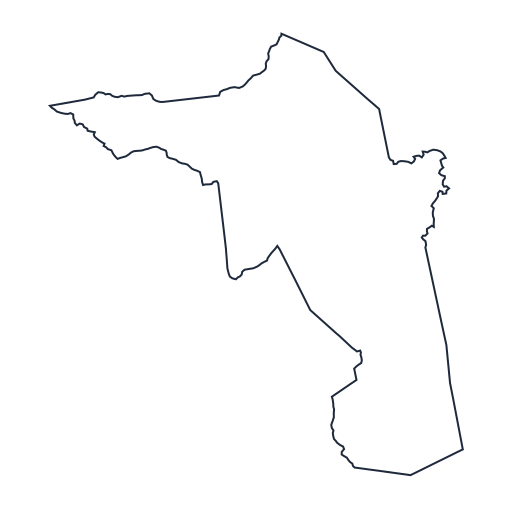 Mundo Novo, Bahia, Brazil (Robinson projection), rotated 269°
{"feature_id": "56859067B88529686936311", "entity_name": "Mundo Novo", "entity_type": "district", "adm_level": 2, "iso_a3": "BRA", "parent_name": "Brazil", "parent_adm1": "Bahia", "projection": "robinson", "projection_center": [-40.513, -11.871], "detail": "fine", "context": "isolated", "style": "outline", "palette": "slate", "viewbox_px": 512, "rotation_deg": 269, "n_neighbors": 0, "source": "geoboundaries", "source_scale": "gbopen_adm2", "svg_char_len": 3761}
<svg xmlns="http://www.w3.org/2000/svg" viewBox="0 0 512 512"><g transform="rotate(269 256 256)"><path d="M420.8,223.1L417.1,221.8L411.7,166.1L411.7,163.1L412.3,160.7L413.1,158.5L414.8,156.1L418.3,154.7L420.5,152.2L420.1,147.7L418.9,144.7L418.8,142.2L418.8,139.3L418.6,135.1L418.3,130.2L417.7,127.0L418.5,124.4L417.2,120.7L417.6,117.7L418.6,115.1L420.4,113.0L420.6,110.5L420.2,108.3L421.6,106.5L422.1,104.2L422.5,101.1L420.0,98.1L417.4,96.5L415.3,87.6L409.8,52.6L407.7,54.5L406.4,56.6L403.8,59.6L402.3,64.1L401.6,67.3L401.3,70.3L402.1,73.0L400.7,75.7L396.8,75.8L394.3,77.0L392.2,77.2L389.8,79.2L391.5,82.1L390.6,85.1L388.0,86.3L386.3,89.5L384.2,89.8L383.4,92.7L382.6,97.0L380.3,95.9L378.1,96.7L376.6,98.4L374.5,100.9L372.5,103.7L371.0,106.5L368.7,105.6L367.2,108.2L365.4,109.8L364.3,113.2L360.4,115.1L357.6,117.2L355.5,119.3L356.4,121.7L357.1,124.5L357.9,127.6L359.9,130.8L361.6,132.8L362.9,135.6L363.2,139.0L363.3,142.0L363.6,144.3L364.5,147.2L365.1,150.1L365.9,152.2L366.7,155.2L367.0,158.5L365.9,161.2L364.6,163.1L363.9,165.4L362.9,167.7L360.9,168.4L358.9,168.5L356.6,169.2L355.3,171.6L354.8,173.9L353.6,177.6L351.3,180.3L349.9,183.6L349.5,186.2L348.5,189.2L346.3,191.5L344.5,193.3L343.1,196.0L342.4,198.3L340.9,201.4L337.6,202.2L334.4,203.1L331.0,203.4L327.9,204.3L328.5,207.0L328.4,209.4L328.7,212.9L330.9,214.7L331.5,218.1L329.3,219.5L276.8,224.8L263.4,226.1L261.2,226.2L253.1,226.7L244.1,227.2L238.9,228.4L235.9,229.5L234.1,231.9L233.1,235.5L234.9,237.4L235.9,239.6L237.6,241.3L240.6,242.0L242.5,244.4L243.2,249.1L243.8,253.2L245.5,257.2L247.2,259.7L248.6,261.5L250.1,264.4L251.3,267.0L253.6,267.6L256.1,269.4L259.0,271.7L261.2,273.8L263.2,275.6L265.7,277.5L262.2,279.8L259.3,281.2L245.3,288.0L230.7,295.1L201.0,309.3L177.3,334.9L174.7,337.9L162.5,350.5L160.8,352.8L158.8,355.3L159.6,358.5L157.7,359.2L155.4,358.8L152.7,359.6L149.8,360.0L147.1,359.3L145.6,356.8L143.9,354.5L141.7,352.2L130.3,354.3L126.5,348.4L114.0,329.4L111.0,330.2L106.7,330.7L104.1,330.7L101.3,331.4L98.8,331.1L96.3,331.0L93.3,331.0L89.8,329.8L85.9,328.3L82.7,328.8L80.3,330.4L77.6,329.7L74.0,330.2L71.5,330.9L69.8,332.5L67.8,333.9L65.6,336.7L64.0,339.7L61.4,340.7L58.6,338.3L56.0,338.2L54.6,340.3L52.7,343.4L50.5,344.7L48.5,346.3L46.7,348.7L44.4,349.3L42.8,350.8L34.2,406.7L57.4,455.9L59.0,459.4L109.4,450.7L114.9,449.7L120.6,448.7L125.5,447.8L163.6,444.8L188.7,439.8L261.6,425.5L264.1,426.3L267.9,425.7L269.9,423.3L271.6,422.1L273.4,423.3L273.4,425.7L275.6,427.9L277.7,427.3L280.1,427.4L281.9,430.5L283.2,432.3L282.0,434.3L285.1,434.2L288.0,434.5L290.6,434.5L292.9,433.6L296.6,433.5L300.6,434.6L303.0,432.3L305.7,433.9L308.0,436.0L310.1,437.5L312.7,439.1L315.5,438.9L317.9,440.9L317.0,443.5L314.8,443.8L315.2,447.3L318.1,447.6L320.2,450.2L322.4,447.7L322.0,445.3L324.4,443.9L328.0,444.3L330.3,446.1L332.5,446.2L333.6,442.7L335.6,440.5L338.3,441.4L339.8,443.1L341.2,444.8L343.1,443.5L345.4,442.9L348.4,442.1L350.2,444.8L350.7,447.3L353.0,446.1L355.4,444.6L357.3,442.3L358.6,439.0L359.2,435.1L358.0,431.4L356.6,429.1L357.3,426.9L357.5,424.5L354.4,425.4L351.7,423.5L353.5,420.8L353.3,418.2L352.5,415.3L350.3,416.8L347.8,415.5L345.9,413.0L347.5,409.8L348.2,405.7L348.4,402.5L347.7,399.9L345.7,398.3L345.5,395.3L348.8,394.7L349.8,392.1L352.2,390.6L397.2,382.3L400.8,381.7L403.5,378.7L410.9,370.4L437.3,341.6L439.8,338.9L458.8,327.3L477.8,285.3L475.7,285.1L474.0,283.2L472.1,282.7L470.1,281.7L467.3,280.3L466.1,277.6L465.1,274.8L462.6,273.4L460.6,272.7L458.4,271.7L455.3,272.2L452.6,271.9L450.4,269.9L448.1,269.1L445.8,269.4L442.9,268.9L441.1,267.1L439.6,264.9L438.2,263.1L437.3,259.8L436.4,256.2L433.7,253.8L431.6,251.4L429.4,249.6L427.7,248.0L425.8,245.8L424.3,242.0L425.2,237.4L424.6,233.0L423.3,229.7L422.5,226.4L420.8,223.1Z" fill="none" stroke="#1e293b" stroke-width="2"/></g></svg>